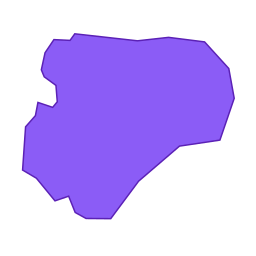 Rotherham, orthographic projection, rotated 97°
{"feature_id": "GBR-5686", "entity_name": "Rotherham", "entity_type": "Metropolitan Borough", "adm_level": 1, "iso_a3": "GBR", "parent_name": "United Kingdom", "parent_adm1": "", "projection": "orthographic", "projection_center": [-1.276, 53.384], "detail": "fine", "context": "isolated", "style": "filled", "palette": "violet", "viewbox_px": 256, "rotation_deg": 97, "n_neighbors": 0, "source": "natural_earth", "source_scale": "10m", "svg_char_len": 487}
<svg xmlns="http://www.w3.org/2000/svg" viewBox="0 0 256 256"><g transform="rotate(97 128 128)"><path d="M80.8,221.1L63.4,219.5L49.3,212.3L48.1,196.2L41.0,192.3L40.3,129.2L33.1,98.8L33.2,62.5L56.7,35.2L85.6,26.2L128.8,35.3L139.7,74.7L179.5,111.0L220.1,134.1L222.9,158.6L218.3,170.1L202.9,178.6L209.2,191.6L189.0,212.8L182.6,227.5L139.3,229.8L127.0,221.4L113.6,220.5L116.7,205.3L110.6,201.4L94.5,204.7L87.4,217.4L80.8,221.1Z" fill="#8b5cf6" stroke="#5b21b6" stroke-width="1.5"/></g></svg>